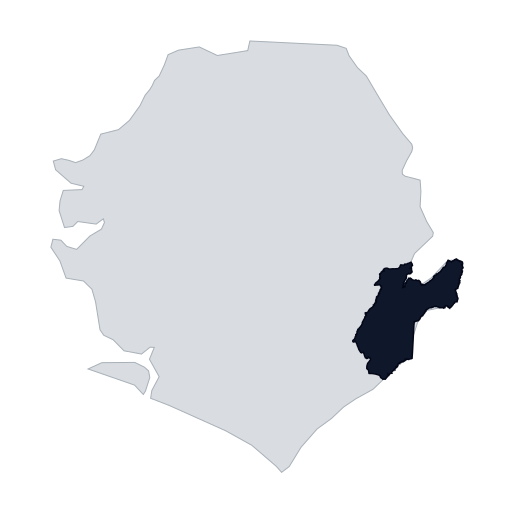 location of Kailahun, Eastern, Sierra Leone, rotated 3°
{"feature_id": "65957751B248885957650", "entity_name": "Kailahun", "entity_type": "district", "adm_level": 2, "iso_a3": "SLE", "parent_name": "Sierra Leone", "parent_adm1": "Eastern", "projection": "orthographic", "projection_center": [-10.677, 8.06], "detail": "fine", "context": "in_parent", "style": "filled", "palette": "ink", "viewbox_px": 512, "rotation_deg": 3, "n_neighbors": 0, "source": "geoboundaries", "source_scale": "gbopen_adm2", "svg_char_len": 7682}
<svg xmlns="http://www.w3.org/2000/svg" viewBox="0 0 512 512"><g transform="rotate(3 256 256)"><path d="M461.7,251.4L461.3,255.7L457.4,275.6L451.2,292.7L447.1,296.9L429.6,301.4L422.2,308.9L415.7,333.2L411.6,352.3L405.6,355.5L379.8,383.0L363.0,393.5L351.2,402.4L340.1,414.1L326.1,425.5L311.0,444.6L300.2,464.5L292.9,470.7L287.4,465.1L261.8,445.3L234.8,432.1L177.4,409.9L158.2,403.6L159.0,395.8L165.6,381.6L155.0,364.7L159.2,352.6L155.0,352.6L146.8,359.9L129.2,357.6L117.7,347.1L108.2,343.2L104.1,337.9L98.2,310.3L93.9,297.8L85.1,290.0L67.5,288.0L60.4,271.1L50.7,258.0L52.3,249.9L60.3,250.4L66.5,256.3L76.5,258.8L89.1,244.7L100.3,237.2L102.9,230.5L101.6,226.8L94.7,232.5L76.2,230.9L71.6,236.0L63.3,237.6L57.0,221.0L57.4,211.3L60.1,200.6L78.8,198.8L80.4,195.4L67.5,193.0L51.4,180.4L48.6,171.8L56.6,169.0L64.3,170.3L70.9,172.2L78.1,169.2L84.9,164.5L89.0,158.5L94.6,142.4L112.1,137.0L122.5,127.2L132.3,111.9L136.9,101.1L141.0,95.7L143.5,91.1L145.5,85.9L149.9,81.3L154.5,69.9L157.7,59.5L167.8,54.5L188.4,50.2L206.9,57.8L237.0,51.3L238.6,41.6L266.1,41.5L298.7,41.4L325.9,41.3L335.2,43.9L338.5,51.2L347.5,62.6L356.8,70.5L368.3,87.9L381.8,108.0L396.3,126.3L405.7,136.2L406.8,139.6L406.1,143.5L401.5,152.8L397.5,162.8L397.9,166.6L400.7,168.5L415.9,171.6L417.3,182.8L417.3,198.2L424.7,212.7L431.8,223.3L431.4,227.0L414.2,245.2L407.5,263.2L404.1,268.2L402.7,272.2L406.2,274.1L410.9,272.9L417.6,274.4L423.9,275.0L432.4,268.5L446.4,252.0L451.1,249.9L461.7,251.4ZM152.7,396.6L150.7,400.2L141.5,391.3L94.2,377.6L107.6,370.6L140.5,368.6L150.3,372.8L154.7,376.3L156.3,382.9L152.7,396.6Z" fill="#d9dde1" stroke="#a8b0b8" stroke-width="1"/><path d="M389.9,372.2L391.5,372.3L391.8,372.0L391.9,371.6L392.3,371.3L392.8,370.4L393.9,369.4L394.1,368.6L393.9,367.0L395.0,368.0L395.8,366.6L396.7,366.2L397.9,365.9L397.4,365.0L399.1,363.0L399.6,363.1L399.9,362.2L400.7,362.4L400.6,361.2L402.0,360.1L401.7,359.6L402.4,359.5L402.2,358.9L403.1,358.8L403.0,358.0L403.6,357.4L403.3,356.6L404.6,355.4L405.0,355.7L405.0,355.0L405.7,355.0L405.6,354.6L405.9,354.4L406.4,354.7L407.3,353.5L407.9,354.0L408.1,353.8L408.6,353.8L408.6,353.4L409.7,353.1L410.2,351.5L410.7,352.1L411.2,351.5L412.0,351.3L412.1,350.8L413.1,351.3L414.1,351.3L414.8,350.7L416.0,350.6L417.2,350.1L417.3,344.2L417.3,316.9L417.5,313.2L418.6,313.1L419.2,312.7L421.6,312.1L423.0,310.2L423.4,308.9L424.4,307.4L425.4,307.1L425.6,306.5L426.0,306.2L426.0,305.7L426.9,304.8L427.1,303.8L427.6,303.7L427.8,302.7L428.7,301.9L428.2,301.3L428.6,300.8L429.7,300.3L432.0,298.6L434.0,298.4L434.1,297.9L435.2,297.9L435.5,297.8L435.6,297.5L437.0,296.9L438.0,297.1L439.0,296.7L439.7,297.3L441.0,297.3L441.5,297.9L442.1,298.0L445.4,297.9L446.0,298.2L446.2,297.7L446.6,297.7L447.2,297.9L447.4,297.7L446.9,297.0L447.3,296.8L447.6,296.1L447.8,296.0L448.3,296.0L448.6,295.6L449.0,295.8L449.4,295.7L449.9,296.4L450.3,296.4L450.1,296.7L451.3,297.5L451.7,297.6L452.2,298.0L452.4,297.4L453.0,297.2L453.3,296.9L454.4,295.6L454.5,295.1L455.0,294.8L455.1,294.4L455.5,294.0L455.7,293.3L456.7,292.6L456.6,292.1L456.8,291.6L457.4,291.6L458.0,291.2L459.1,291.3L459.4,290.5L459.4,290.0L459.5,289.2L459.9,288.3L459.8,287.5L459.0,286.0L458.9,285.2L458.2,285.2L458.2,284.2L458.6,283.6L458.1,283.5L457.9,282.1L457.6,281.6L457.1,280.0L456.7,279.3L457.3,278.9L457.4,278.4L458.0,278.4L459.3,277.5L459.0,276.5L459.5,276.3L459.9,274.5L459.8,274.1L460.2,273.7L459.8,273.1L460.2,272.9L460.2,272.4L460.9,272.2L460.9,271.2L460.4,270.8L460.9,269.8L460.2,269.3L460.3,268.0L460.7,267.9L461.3,266.9L460.9,265.5L461.3,265.2L461.6,264.4L462.0,264.3L462.4,263.7L462.2,262.8L462.4,262.5L462.2,262.1L462.7,261.9L462.8,261.0L463.0,260.2L462.3,259.6L462.0,259.0L463.4,256.9L462.7,255.9L462.9,255.4L462.0,254.1L462.6,253.9L462.8,252.8L462.4,251.2L461.9,251.3L460.7,250.3L460.3,250.3L459.9,250.7L459.8,250.4L459.1,250.3L459.1,250.0L458.6,249.9L458.4,249.6L457.3,249.7L457.3,249.3L456.5,248.5L456.0,248.5L455.8,249.0L454.4,249.3L454.0,250.2L453.2,250.2L451.5,251.6L451.1,251.3L449.9,251.0L448.5,250.2L447.9,250.3L447.5,251.9L447.1,252.2L446.5,253.7L446.5,255.0L446.0,255.7L445.7,256.6L444.6,257.5L443.9,257.5L443.3,258.2L442.4,259.8L441.7,260.6L441.5,261.3L440.9,261.9L440.5,262.4L439.2,263.3L438.9,263.8L438.5,264.2L437.7,264.5L437.1,264.5L437.1,265.4L436.1,265.7L435.1,266.4L434.5,267.3L435.0,268.1L434.0,268.8L433.8,269.5L432.2,271.2L431.2,271.6L430.6,272.6L428.6,273.9L427.6,274.7L426.7,275.2L426.2,276.1L425.1,275.8L424.1,276.5L423.6,275.7L423.2,275.6L422.8,276.3L422.2,275.9L421.8,275.1L421.8,274.4L421.5,273.4L421.0,272.8L419.8,271.8L417.9,272.2L417.1,271.5L416.7,271.5L415.9,272.0L415.0,272.0L412.7,271.4L412.6,270.8L411.3,270.0L410.6,270.4L410.0,270.1L409.6,270.2L409.1,271.5L408.0,272.5L407.9,273.5L407.5,275.0L407.1,274.9L406.7,275.0L406.1,278.0L406.4,278.9L405.6,279.2L405.0,279.6L404.1,279.8L404.5,278.4L404.8,278.2L404.5,277.2L404.7,276.5L405.2,275.9L404.6,275.1L405.6,273.7L405.6,273.0L406.2,272.2L407.3,270.2L407.3,267.2L407.8,266.3L408.8,266.0L409.3,265.4L410.1,265.8L411.5,265.4L411.5,264.7L412.5,264.1L412.7,263.6L412.0,261.6L412.0,260.7L411.8,260.0L411.1,259.9L411.7,259.5L412.1,257.7L412.7,257.3L412.3,256.5L412.5,256.0L412.2,255.7L411.2,254.1L410.2,254.5L409.7,255.0L408.1,255.4L406.9,256.2L404.8,256.4L404.6,257.4L401.0,257.3L400.5,258.3L400.2,259.6L398.5,261.2L396.9,261.3L395.2,261.6L393.3,261.6L390.0,262.1L387.5,261.3L386.5,261.4L385.3,261.7L384.0,262.7L384.5,263.6L384.5,264.4L383.1,264.3L382.9,264.8L381.8,265.7L381.8,266.2L381.5,266.7L380.5,267.4L380.4,267.8L380.9,269.3L380.6,271.2L380.8,272.1L381.2,272.0L380.5,273.2L379.9,273.6L379.3,274.6L376.8,276.9L376.4,277.9L375.9,278.4L376.0,279.0L376.4,279.0L377.0,278.7L377.3,278.8L377.7,278.6L378.5,278.7L379.2,278.3L379.6,278.5L381.1,278.1L381.5,278.4L381.8,279.3L382.0,279.5L382.6,279.5L382.8,279.7L382.7,280.8L383.0,280.9L382.8,281.7L382.5,282.0L382.6,282.5L382.3,282.7L382.7,282.9L381.7,283.8L381.5,284.7L381.6,285.0L381.0,285.6L380.6,286.6L380.9,286.9L380.5,287.0L380.9,287.6L380.3,288.0L380.4,288.5L380.2,288.7L380.4,289.1L380.3,289.4L379.9,289.3L379.3,289.9L379.1,290.0L379.0,290.3L378.7,290.3L378.4,290.8L378.9,291.5L378.8,292.0L378.4,292.2L378.5,292.7L378.3,292.7L378.1,293.0L378.2,293.3L378.1,293.5L378.3,293.6L377.9,294.5L378.5,294.7L378.6,295.0L378.4,295.2L378.6,295.5L378.2,295.7L378.4,295.9L378.4,296.2L378.0,296.1L377.3,297.0L377.0,297.0L376.8,297.9L376.8,298.3L376.3,298.4L376.1,298.9L375.8,299.0L376.2,299.5L375.9,300.2L375.0,300.8L374.8,301.2L374.5,301.5L373.9,301.7L373.4,302.3L372.8,302.6L372.3,303.2L371.5,304.3L371.7,304.7L371.3,304.8L370.6,306.2L369.9,306.7L368.5,306.9L368.1,307.2L369.0,307.9L368.3,308.4L368.5,308.9L369.1,309.2L369.3,309.4L367.9,311.2L368.1,311.4L367.7,312.6L367.3,313.3L367.2,313.7L366.8,314.2L366.2,315.7L365.6,316.8L365.8,317.6L364.8,320.0L364.4,320.4L363.9,321.6L363.3,321.8L362.5,323.2L362.2,323.9L361.8,323.7L361.5,324.0L361.8,324.7L360.9,325.8L360.8,326.2L361.0,326.7L360.7,328.0L360.7,328.8L360.3,329.2L359.8,329.2L359.7,329.5L360.0,330.4L359.9,330.9L359.4,331.3L359.1,332.9L358.4,334.2L357.5,334.9L357.1,335.5L357.1,336.1L357.5,336.7L358.0,336.8L359.0,336.5L359.3,335.8L359.6,335.8L360.0,336.2L361.4,338.7L362.0,340.5L362.4,341.0L363.7,344.1L365.6,346.8L366.5,347.2L368.0,346.5L368.6,347.2L369.2,348.6L369.7,350.1L370.6,351.9L370.9,351.7L371.2,351.7L371.7,352.3L371.9,351.9L372.7,352.4L372.9,352.4L372.9,351.8L373.3,351.1L373.7,351.5L374.1,351.4L374.7,351.9L375.0,351.8L375.6,352.1L375.7,354.0L374.9,354.8L374.3,355.8L373.5,356.8L373.0,357.8L372.5,360.0L372.5,362.5L373.1,363.2L374.3,364.0L375.0,367.3L375.8,367.4L378.2,367.3L381.4,367.6L384.7,368.4L385.4,368.7L386.0,369.1L386.9,370.9L388.3,371.7L389.2,372.5L389.9,372.2Z" fill="#0f172a" stroke="#020617" stroke-width="1.5"/></g></svg>